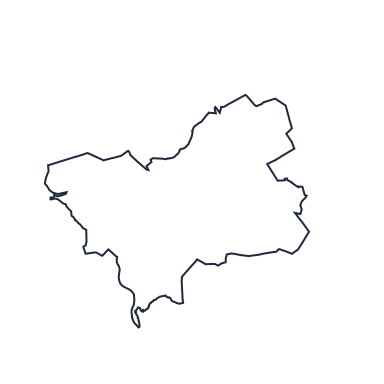 Cēsis, Cesu, Latvia, rotated 321°
{"feature_id": "27541924B8130819472735", "entity_name": "Cēsis", "entity_type": "district", "adm_level": 2, "iso_a3": "LVA", "parent_name": "Latvia", "parent_adm1": "Cesu", "projection": "orthographic", "projection_center": [25.251, 57.313], "detail": "fine", "context": "isolated", "style": "outline", "palette": "slate", "viewbox_px": 384, "rotation_deg": 321, "n_neighbors": 0, "source": "geoboundaries", "source_scale": "gbopen_adm2", "svg_char_len": 5636}
<svg xmlns="http://www.w3.org/2000/svg" viewBox="0 0 384 384"><g transform="rotate(321 192 192)"><path d="M277.7,265.3L281.0,257.6L280.9,257.3L279.9,256.3L278.1,254.7L277.7,255.1L276.8,252.7L275.3,247.3L275.5,247.2L274.4,244.4L274.1,243.8L273.6,242.6L274.4,241.4L272.3,240.1L271.5,241.3L269.0,239.6L265.7,237.0L267.6,221.1L267.8,219.6L268.1,217.6L270.6,218.2L271.1,218.3L275.7,219.4L277.0,219.8L277.1,219.6L281.4,220.4L282.9,220.4L296.8,222.4L298.8,222.7L300.7,216.8L301.0,216.1L301.9,206.1L309.7,205.4L313.5,196.5L314.3,194.9L319.2,183.7L315.4,171.8L303.7,167.2L301.8,167.5L298.0,166.4L296.0,165.8L295.4,163.9L295.1,154.4L295.1,153.0L294.9,150.8L294.6,150.2L288.2,149.0L284.0,148.3L277.3,147.0L273.9,146.4L272.3,146.3L270.7,146.0L270.0,145.7L269.2,145.2L268.3,144.5L268.2,144.3L263.4,147.9L263.7,140.7L263.1,140.7L262.5,141.0L261.3,142.9L261.1,143.2L260.7,144.5L260.1,145.9L257.5,143.4L255.0,140.9L254.2,141.1L252.9,141.4L252.5,141.3L243.1,143.4L242.7,143.1L239.3,142.7L238.2,142.8L236.5,142.6L235.1,142.6L234.2,142.8L232.8,143.5L231.3,144.4L230.5,144.6L230.6,145.4L226.6,148.8L220.2,152.1L218.9,152.8L217.5,152.9L216.0,152.9L215.3,153.2L214.6,153.2L213.4,152.9L212.3,152.6L211.9,152.4L211.4,152.2L211.2,152.0L210.8,151.7L210.7,151.6L210.3,151.7L210.1,151.7L209.8,151.6L209.5,151.5L209.2,151.5L208.8,151.7L208.2,152.2L207.8,152.4L207.1,152.7L206.3,153.1L205.3,153.4L205.0,153.4L204.2,153.3L203.4,153.4L201.1,153.6L200.6,153.6L198.6,153.3L196.3,152.1L194.6,151.1L193.9,150.7L194.0,150.6L193.0,150.3L192.7,150.2L192.2,149.9L191.9,149.7L191.5,149.3L191.4,149.2L191.2,149.0L191.2,148.9L189.9,147.4L182.8,141.1L180.1,140.8L179.4,143.2L173.1,143.2L171.9,147.5L170.9,146.2L168.5,132.8L167.8,127.3L167.4,124.8L167.7,123.6L168.3,121.8L168.5,120.1L167.8,119.7L159.7,119.3L157.9,118.4L154.5,117.0L149.8,114.7L143.1,111.7L142.2,109.6L140.3,105.9L138.0,101.2L135.4,96.0L126.4,92.6L123.8,91.4L106.3,84.4L98.4,81.3L97.0,80.6L93.6,85.6L87.4,89.1L83.2,92.6L82.9,94.1L83.1,95.6L82.4,100.8L83.1,103.7L83.7,105.4L86.6,109.3L94.4,113.2L92.6,114.1L91.9,113.7L90.0,113.0L89.2,112.8L87.9,112.4L87.7,112.3L87.1,111.9L86.3,111.5L85.5,111.3L84.9,110.6L84.2,109.8L83.8,109.2L83.5,108.7L83.2,108.1L82.9,107.7L82.6,108.0L82.5,108.3L82.4,108.4L81.9,108.6L81.6,108.8L81.3,108.9L81.0,108.8L80.7,108.7L80.2,109.2L79.9,109.4L79.4,109.2L78.9,108.4L79.1,108.2L79.4,107.9L79.3,107.6L79.1,107.4L78.8,107.3L78.4,107.4L78.4,107.5L78.2,108.2L78.0,108.4L77.9,108.4L77.5,108.6L78.2,109.4L80.8,110.4L82.7,112.3L83.6,114.8L84.3,118.4L85.2,120.8L86.2,122.3L85.3,124.1L85.8,131.1L83.4,134.7L84.0,136.8L84.0,139.0L83.4,140.4L84.0,141.3L84.0,143.9L84.7,147.3L84.6,151.5L86.0,154.8L78.7,164.3L77.0,165.6L75.9,166.6L72.5,165.9L73.0,166.2L72.7,167.0L70.5,173.0L79.3,178.4L82.1,185.1L90.9,184.0L92.5,194.0L93.0,195.4L90.9,197.1L90.0,198.5L89.1,199.8L88.7,201.2L88.7,202.6L88.1,204.5L87.4,206.2L86.2,207.6L84.7,208.9L83.4,210.1L81.4,212.2L80.0,214.3L78.7,217.8L78.7,220.3L79.3,222.6L80.7,225.7L81.5,227.3L82.2,229.2L82.6,231.4L82.7,233.6L82.3,235.2L81.4,236.5L80.1,238.5L78.3,240.6L76.0,242.9L72.6,244.6L71.3,245.3L69.6,247.0L67.9,249.7L66.4,251.9L65.6,254.3L64.9,256.5L64.8,258.3L65.1,260.4L65.2,262.9L65.2,263.6L66.4,263.7L67.6,262.3L67.7,261.7L68.0,261.4L69.4,258.9L69.6,258.6L69.7,257.8L70.8,256.0L70.7,255.3L71.1,254.9L71.6,254.4L71.7,253.4L71.7,252.2L71.8,251.8L72.3,251.0L71.9,250.5L71.9,250.2L72.4,249.9L72.9,249.9L73.0,249.8L72.9,249.2L72.9,248.6L73.2,248.6L74.2,248.9L74.7,248.6L75.4,248.5L75.8,248.2L76.2,248.1L77.2,248.0L77.3,248.1L77.7,248.2L77.8,248.1L78.6,250.1L78.4,250.2L78.1,250.4L78.1,250.6L77.7,251.5L77.6,251.9L77.9,252.7L77.8,253.1L78.0,253.5L78.6,254.1L79.2,253.2L79.4,253.0L79.7,253.5L79.9,253.4L80.0,254.1L80.2,254.3L80.7,254.6L81.0,254.4L81.5,254.4L82.0,254.5L82.3,254.3L82.8,254.5L83.7,254.7L84.0,254.6L84.4,254.6L84.7,254.8L85.1,254.6L85.3,254.3L85.7,254.2L85.8,254.1L85.9,253.9L86.6,253.7L86.7,253.2L86.9,253.1L87.2,253.1L87.5,252.9L88.0,252.7L88.4,252.4L89.2,252.1L89.6,252.4L89.9,252.4L90.3,252.2L90.6,252.3L90.8,252.1L91.5,252.1L92.3,252.2L92.4,252.3L93.0,252.5L93.2,252.3L93.6,252.1L93.9,252.2L94.1,252.1L94.6,252.1L94.9,252.3L96.3,252.9L96.5,252.8L97.3,252.6L97.9,252.7L99.4,252.9L100.9,253.0L102.7,253.9L103.0,254.2L103.1,254.3L103.3,254.4L103.6,254.5L104.0,254.8L104.3,254.8L104.5,254.9L104.8,254.9L105.0,255.0L105.3,255.3L105.5,255.4L105.6,255.7L105.8,255.9L106.0,255.9L105.9,256.1L106.0,256.3L106.1,256.5L106.4,256.8L106.5,257.1L106.5,257.5L106.4,257.8L106.5,258.0L106.7,258.4L107.0,258.9L107.0,259.0L107.5,259.4L107.7,259.5L107.8,259.5L107.7,259.8L108.1,260.4L108.1,260.5L108.4,261.0L108.3,261.6L107.8,263.1L108.1,264.6L109.0,266.1L110.6,269.3L111.9,270.9L112.5,271.2L115.3,272.6L116.2,271.2L116.8,270.2L117.7,268.7L119.6,266.2L121.7,263.3L123.1,261.3L125.1,258.6L126.1,257.2L127.7,255.0L128.0,254.6L130.3,252.2L131.1,251.5L141.2,249.8L141.9,249.7L146.0,249.0L148.5,248.7L151.5,248.2L153.5,247.5L155.7,252.8L157.1,256.7L160.4,259.1L164.5,262.3L165.9,265.6L169.1,265.9L170.1,266.2L171.3,266.6L173.9,267.8L174.6,267.1L175.6,265.9L176.9,264.3L177.2,264.1L178.2,263.7L179.2,262.9L179.7,262.4L181.1,263.1L183.8,264.5L186.4,267.2L189.2,270.5L189.8,271.3L195.0,276.7L196.0,277.7L197.8,278.7L204.8,283.0L207.4,284.2L213.8,287.7L215.1,288.5L218.3,290.5L218.3,290.4L219.6,291.2L220.0,291.3L220.5,291.4L223.0,291.1L223.6,291.1L225.1,293.1L225.5,294.0L226.0,294.8L227.2,296.5L230.7,302.8L230.8,302.7L231.5,302.9L238.1,303.4L243.9,301.5L246.3,300.7L255.7,297.3L258.0,296.6L258.7,283.5L258.6,282.1L258.9,273.0L262.3,277.3L266.1,274.8L267.9,270.4L271.3,268.4L277.7,267.6L278.0,267.4L278.8,267.0L277.7,265.3Z" fill="none" stroke="#1e293b" stroke-width="2"/></g></svg>